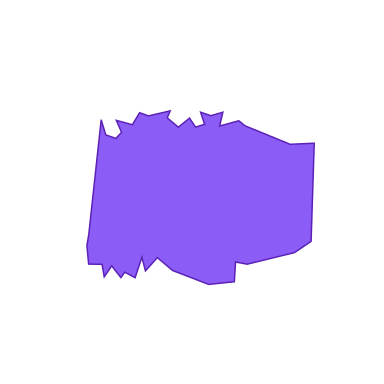 outline of Nicholas, Kentucky, United States of America, rotated 141°
{"feature_id": "52423323B57180370688472", "entity_name": "Nicholas", "entity_type": "district", "adm_level": 2, "iso_a3": "USA", "parent_name": "United States of America", "parent_adm1": "Kentucky", "projection": "robinson", "projection_center": [-83.996, 38.326], "detail": "fine", "context": "isolated", "style": "filled", "palette": "violet", "viewbox_px": 384, "rotation_deg": 141, "n_neighbors": 0, "source": "geoboundaries", "source_scale": "gbopen_adm2", "svg_char_len": 669}
<svg xmlns="http://www.w3.org/2000/svg" viewBox="0 0 384 384"><g transform="rotate(141 192 192)"><path d="M215.6,95.6L202.2,110.2L194.6,101.2L150.5,80.4L130.5,78.7L66.3,153.0L85.7,167.3L109.1,210.0L110.8,217.9L129.0,225.9L117.8,234.6L129.3,239.4L135.1,248.6L139.6,236.7L148.4,240.2L147.4,251.0L161.8,251.0L164.6,265.2L157.9,268.8L177.9,278.5L182.8,286.6L196.0,281.8L205.7,295.3L209.2,282.7L217.5,281.6L223.1,290.7L217.1,305.3L298.7,224.2L307.5,216.4L317.7,201.0L307.4,192.4L313.6,181.3L300.9,185.1L301.1,170.2L294.7,172.0L290.2,161.2L272.0,172.8L277.8,160.0L260.2,162.8L256.5,143.2L237.2,109.7L215.6,95.6Z" fill="#8b5cf6" stroke="#5b21b6" stroke-width="1.5"/></g></svg>